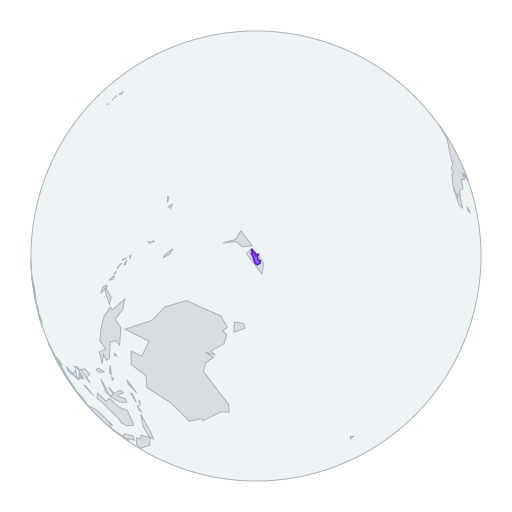 Canterbury highlighted on a globe, orthographic projection, rotated 288°
{"feature_id": "NZL-3400", "entity_name": "Canterbury", "entity_type": "Regional Council", "adm_level": 1, "iso_a3": "NZL", "parent_name": "New Zealand", "parent_adm1": "", "projection": "orthographic", "projection_center": [172.324, -43.488], "detail": "fine", "context": "on_globe", "style": "filled", "palette": "violet", "viewbox_px": 512, "rotation_deg": 288, "n_neighbors": 0, "source": "natural_earth", "source_scale": "10m", "svg_char_len": 6911}
<svg xmlns="http://www.w3.org/2000/svg" viewBox="0 0 512 512"><g transform="rotate(288 256 256)"><circle cx="256" cy="256" r="225" fill="#eef3f6" stroke="#a8b0b8"/><path d="M284.9,153.6L285.2,155.1L284.8,155.3L284.9,153.6ZM399.7,429.5L400.8,428.6L392.2,435.3L393.7,433.4L399.2,428.3L395.3,430.3L399.2,426.3L393.2,430.8L392.1,427.6L383.9,432.1L381.3,429.4L375.7,432.1L377.4,430.1L377.3,428.6L374.8,429.0L383.2,421.9L393.9,417.2L397.0,417.7L399.4,414.8L406.9,414.5L406.7,412.7L419.9,405.2L426.6,401.5L437.2,389.9L425.8,404.1L413.2,417.3L399.7,429.5ZM368.9,78.6L367.4,75.8L371.2,78.7L368.9,78.6ZM364.5,73.4L365.5,74.5L364.3,73.4L364.5,73.4ZM362.4,72.2L363.9,73.1L362.2,72.3L362.4,72.2ZM359.5,70.9L361.0,71.5L360.9,71.6L359.5,70.9ZM354.8,68.3L353.6,67.6L354.9,67.8L354.8,68.3ZM366.7,434.0L381.3,422.9L374.2,429.0L375.5,431.6L365.6,437.7L366.7,434.0ZM367.9,441.5L365.7,444.6L363.4,445.9L364.4,444.0L367.9,441.5ZM133.4,67.0L129.7,69.6L122.6,74.5L126.7,71.5L133.4,67.0ZM108.1,86.1L108.3,86.1L102.5,92.1L82.9,113.7L71.6,127.6L69.7,130.7L68.2,131.9L61.6,142.4L60.8,149.6L59.2,154.3L50.7,172.1L51.4,168.8L47.3,172.1L43.2,185.3L46.2,185.9L47.0,194.5L43.3,197.5L42.8,190.6L41.5,191.5L44.2,180.6L46.6,173.0L53.8,156.6L62.4,140.8L72.1,125.8L83.1,111.6L95.1,98.3L108.1,86.1ZM111.1,402.4L113.5,401.6L114.6,404.3L111.1,402.4ZM77.8,191.9L82.2,189.3L82.2,190.3L77.8,191.9ZM72.9,192.6L77.7,188.9L72.5,195.1L72.9,192.6ZM79.6,187.6L84.5,182.1L86.6,179.2L86.5,181.2L79.6,187.6ZM69.9,195.4L55.3,210.9L50.2,215.2L50.9,210.7L59.2,201.0L69.9,195.4ZM50.5,211.2L43.3,213.4L37.5,205.8L39.5,200.7L46.4,198.8L45.9,202.2L50.1,202.3L50.5,211.2ZM69.8,173.0L69.3,181.3L60.8,189.1L57.2,191.9L54.6,185.3L56.0,179.1L58.8,176.0L72.4,148.4L76.6,148.0L71.7,158.0L75.3,160.8L69.8,173.0ZM80.0,133.6L73.1,144.6L80.1,131.9L80.0,133.6ZM85.4,123.4L84.7,126.2L83.4,125.1L85.4,123.4ZM67.6,134.7L64.5,138.9L65.5,137.0L70.0,130.5L67.6,134.7ZM98.1,97.6L94.3,103.0L92.3,105.5L92.8,103.6L98.1,97.6ZM255.3,246.1L261.6,249.3L258.1,257.4L251.3,265.6L240.7,267.3L255.3,246.1ZM183.7,267.9L176.9,258.4L186.6,255.9L188.1,265.0L183.7,267.9ZM260.6,240.4L263.4,232.1L258.2,220.6L265.4,231.5L275.2,234.0L264.6,249.1L260.6,240.4ZM130.0,241.6L106.3,275.8L99.2,278.6L97.0,270.7L82.6,256.2L84.6,254.9L78.3,243.8L90.1,220.1L97.2,193.0L108.4,188.2L114.0,171.0L126.9,166.6L125.6,178.4L141.9,180.6L145.9,154.1L162.8,177.2L179.3,185.0L192.1,203.5L188.0,241.4L179.3,250.7L174.5,247.7L171.7,252.5L162.8,252.7L151.7,242.4L149.2,247.3L148.8,237.5L146.5,247.0L139.0,241.3L130.0,241.6ZM225.5,168.1L229.2,169.1L237.1,174.7L231.0,173.3L225.5,168.1ZM276.0,157.5L279.2,160.5L274.9,160.2L276.0,157.5ZM284.8,155.3L279.6,155.1L284.9,153.6L284.8,155.3ZM236.7,152.2L239.1,154.1L237.9,154.6L236.7,152.2ZM235.1,151.6L236.2,148.9L236.9,151.7L235.1,151.6ZM215.2,137.0L216.8,135.7L217.9,136.7L215.2,137.0ZM89.0,184.7L94.7,174.2L98.4,171.4L89.0,184.7ZM211.9,134.3L207.2,134.3L207.4,132.9L211.9,134.3ZM211.5,131.3L210.6,129.5L214.4,133.7L211.5,131.3ZM202.1,127.6L208.1,130.5L201.5,128.0L202.1,127.6ZM199.0,128.2L195.0,127.1L195.1,126.6L199.0,128.2ZM160.2,136.0L174.4,144.4L164.3,145.8L152.6,141.5L145.9,149.6L129.1,153.8L132.2,148.8L129.3,144.0L113.6,148.1L110.4,146.0L115.5,141.3L105.9,143.1L116.3,136.6L121.1,141.8L127.2,133.7L139.0,131.1L151.4,130.1L162.5,133.2L160.2,136.0ZM117.5,152.4L119.4,151.6L118.0,154.5L117.5,152.4ZM187.4,123.6L193.2,126.8L192.7,127.8L190.0,127.4L187.4,123.6ZM164.8,131.5L176.3,123.3L179.2,123.0L171.8,131.2L164.8,131.5ZM172.9,119.9L178.8,119.9L182.2,122.8L181.1,123.9L172.9,119.9ZM96.0,156.1L95.8,158.3L93.3,158.2L96.0,156.1ZM99.2,153.1L107.1,151.1L98.6,155.1L99.2,153.1ZM78.1,160.2L80.0,163.3L86.0,156.0L81.5,163.5L86.2,168.3L85.0,172.2L80.2,166.8L79.6,176.5L77.0,178.3L75.0,172.0L77.3,161.2L79.9,155.6L91.1,146.4L78.1,160.2ZM98.9,147.5L96.9,143.4L98.5,139.1L100.6,140.6L98.9,147.5ZM92.2,134.7L88.3,132.4L83.8,137.5L93.9,123.9L95.8,128.3L92.2,134.7ZM90.4,125.4L86.0,130.1L91.2,122.9L90.4,125.4ZM85.5,129.0L86.0,125.7L88.9,123.9L85.5,129.0ZM92.4,124.2L94.9,117.5L95.5,120.0L92.4,124.2ZM87.4,118.8L91.9,119.7L84.4,123.6L88.6,112.8L92.1,109.8L87.4,118.8ZM135.9,66.7L137.5,65.2L142.0,62.7L139.6,64.4L135.9,66.7ZM158.2,54.5L143.8,61.6L132.5,68.2L133.9,67.7L127.7,72.5L127.8,71.4L138.7,64.1L146.6,59.8L151.7,56.7L159.9,52.6L164.2,50.3L169.1,48.2L167.5,49.1L158.2,54.5ZM182.1,43.2L174.5,46.0L172.7,46.7L182.1,43.2ZM166.8,49.1L165.8,49.6L166.1,49.4L166.8,49.1Z" fill="#d9dde1" stroke="#a8b0b8" stroke-width="1"/><path d="M261.1,250.1L260.9,250.3L260.8,250.5L260.8,250.8L260.7,250.9L260.7,251.0L260.4,251.3L260.2,251.5L260.0,251.8L259.9,251.8L259.7,251.9L259.6,252.1L259.5,252.3L259.4,252.6L259.1,253.2L259.1,253.3L259.0,253.5L258.9,253.5L258.9,253.8L258.7,253.9L258.6,254.0L258.4,254.1L258.2,254.4L257.8,254.4L257.7,254.5L257.4,254.8L257.3,255.0L257.2,255.1L257.2,255.3L257.2,255.6L257.2,255.8L257.2,256.0L257.3,256.3L257.2,256.3L257.3,256.4L257.4,256.5L257.2,256.5L257.3,256.6L257.5,256.6L257.7,256.8L257.8,256.8L257.8,256.7L258.0,256.7L258.2,256.8L258.2,257.0L258.3,257.1L258.2,257.2L258.2,257.4L258.2,257.5L258.1,257.4L258.1,257.5L257.9,257.6L257.9,257.4L257.8,257.2L257.7,257.1L257.8,257.2L257.7,257.3L257.7,257.5L257.8,257.6L257.6,257.6L257.4,257.6L257.3,257.4L257.2,257.3L257.2,257.2L256.9,257.3L256.6,257.3L256.4,257.4L256.8,257.2L256.7,257.1L256.5,256.9L256.4,256.9L256.3,257.0L256.2,257.0L256.2,257.3L256.1,257.5L255.9,257.5L255.7,257.6L255.3,257.8L254.7,258.2L254.6,258.3L254.3,258.4L254.2,258.5L253.9,258.7L253.7,258.8L253.4,259.1L253.2,259.1L253.1,259.5L253.1,259.8L252.9,260.0L252.8,260.3L252.9,260.7L252.9,260.9L252.9,261.0L252.9,261.4L252.9,261.6L252.8,261.8L252.7,261.8L252.4,261.6L251.9,261.5L251.6,261.6L251.4,261.6L250.9,262.1L250.6,262.2L250.5,261.9L250.4,261.7L250.0,261.7L249.8,261.7L249.7,261.7L249.5,261.3L249.4,261.0L249.3,260.8L249.2,260.7L248.9,260.7L248.7,260.5L248.6,260.4L248.4,260.1L248.3,259.9L248.2,259.9L248.2,259.7L248.2,259.0L248.2,258.9L248.3,258.8L248.3,258.7L248.5,258.4L248.5,258.0L248.6,257.9L248.8,257.6L249.3,257.3L249.3,257.1L249.4,256.9L249.5,256.8L249.6,256.7L250.0,256.3L250.0,256.2L250.3,256.1L250.7,255.9L250.8,255.8L251.0,255.8L251.3,255.5L251.8,255.1L252.1,254.9L252.4,254.5L252.5,254.5L252.8,254.4L252.9,254.2L253.1,254.0L253.3,253.9L253.5,253.8L253.8,253.8L254.0,253.7L254.3,253.7L254.4,253.4L254.5,253.2L254.8,252.9L255.0,252.7L255.3,252.6L255.4,252.4L255.6,252.3L255.6,252.2L255.8,252.0L256.0,251.9L256.1,251.7L256.3,251.6L256.4,251.4L256.5,251.4L256.6,251.2L256.8,251.0L256.8,250.9L256.9,250.7L257.0,250.6L257.2,250.8L257.3,250.8L257.5,250.9L257.5,251.0L257.5,251.3L257.7,251.5L257.8,251.5L257.9,251.8L258.0,251.9L258.1,252.0L258.3,251.9L258.5,251.8L258.5,251.7L258.5,251.4L258.9,251.1L259.0,251.1L259.3,250.9L259.3,250.7L259.6,250.3L259.8,250.2L260.0,250.1L260.1,249.9L260.2,250.0L260.3,250.0L260.3,249.9L260.7,249.9L260.8,249.9L261.0,249.9L261.0,250.0L261.1,250.1Z" fill="#8b5cf6" stroke="#5b21b6" stroke-width="1.5"/></g></svg>